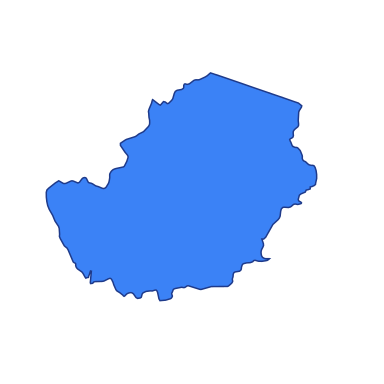 SVG path tracing the border of Cuyuni-Mazaruni, rotated 151°
{"feature_id": "GUY-676", "entity_name": "Cuyuni-Mazaruni", "entity_type": "Region", "adm_level": 1, "iso_a3": "GUY", "parent_name": "Guyana", "parent_adm1": "", "projection": "albers", "projection_center": [-59.812, 6.174], "detail": "fine", "context": "isolated", "style": "filled", "palette": "blue", "viewbox_px": 384, "rotation_deg": 151, "n_neighbors": 0, "source": "natural_earth", "source_scale": "10m", "svg_char_len": 4753}
<svg xmlns="http://www.w3.org/2000/svg" viewBox="0 0 384 384"><g transform="rotate(151 192 192)"><path d="M173.1,284.9L171.7,283.6L170.8,281.3L169.5,280.9L165.4,282.0L163.6,282.9L159.7,286.8L157.8,288.1L155.7,288.2L151.4,286.7L149.4,286.8L148.6,287.4L147.5,289.3L146.5,290.0L145.8,290.0L145.1,289.5L144.5,288.8L143.7,288.3L141.8,287.9L136.3,288.7L134.9,288.5L133.8,288.0L132.8,287.4L131.6,286.8L130.5,286.6L124.7,286.2L122.5,286.3L118.1,287.2L110.6,279.1L103.2,270.9L95.8,262.7L88.5,254.5L81.1,246.3L73.7,238.1L66.3,229.9L59.0,221.7L55.8,218.2L54.2,214.2L55.2,213.1L58.5,211.3L59.9,210.2L64.5,202.9L65.8,199.8L66.7,198.4L67.9,197.7L71.2,197.1L72.8,196.6L74.0,195.9L74.9,194.6L76.0,192.1L77.2,191.0L78.6,190.8L80.0,190.9L81.1,190.6L81.4,189.1L81.4,187.7L81.9,184.0L81.8,183.0L81.5,182.7L81.1,182.5L80.9,181.8L80.4,181.2L78.7,180.1L78.1,179.2L77.4,176.4L77.3,175.4L77.9,170.6L78.4,169.3L79.2,168.1L79.4,167.3L79.5,166.5L79.4,165.7L79.1,164.9L78.0,163.4L77.1,160.5L76.4,159.0L74.9,157.6L73.5,156.8L72.6,155.9L72.4,153.9L73.1,150.5L74.5,146.9L76.4,143.4L79.5,139.9L80.4,138.7L82.2,138.4L84.4,138.6L86.2,139.1L87.1,137.4L89.1,137.7L91.2,138.3L93.0,137.0L97.5,137.5L99.5,137.2L100.0,136.8L102.7,134.0L102.8,133.6L102.9,132.8L102.7,131.9L101.7,130.5L101.5,129.4L102.1,129.0L103.3,129.2L105.5,129.8L106.1,130.2L106.8,130.9L107.7,131.5L108.9,131.9L109.8,131.8L112.0,131.3L113.2,131.2L115.2,131.7L118.7,134.0L120.2,134.5L122.2,133.8L123.8,132.1L126.6,128.2L128.2,126.9L130.0,126.1L137.0,124.4L149.5,116.7L152.1,116.1L153.7,117.0L154.6,112.2L155.4,110.5L156.9,109.3L158.6,108.2L159.9,107.1L160.9,105.7L161.6,104.1L162.1,102.4L162.0,100.7L161.2,99.2L160.0,98.0L156.6,96.1L157.7,95.8L159.4,95.7L161.0,96.2L164.5,97.5L167.5,99.3L169.7,101.5L170.5,101.9L171.3,102.1L172.6,101.6L173.7,101.7L175.4,102.0L178.5,103.5L181.9,104.4L182.6,104.2L183.2,104.0L183.9,103.5L184.5,102.9L185.2,102.2L185.7,101.6L186.0,101.0L186.6,100.4L187.4,99.9L188.9,99.7L192.8,101.1L193.7,101.2L194.5,101.1L195.2,100.6L195.9,100.0L196.8,98.6L197.3,97.9L198.6,96.7L199.1,96.0L199.5,94.7L199.7,94.2L200.4,93.6L201.5,93.0L204.5,92.3L205.8,92.1L206.8,92.2L220.9,99.9L231.1,102.3L231.7,102.6L232.4,103.1L240.4,111.5L240.9,111.9L241.7,112.2L244.5,112.0L245.2,112.2L245.8,112.5L247.2,113.7L253.1,115.6L254.5,115.9L255.6,115.8L257.6,114.1L258.8,113.3L259.1,112.9L259.5,111.1L259.6,110.5L260.0,110.1L260.5,109.7L261.6,109.2L262.3,109.1L263.1,109.2L267.5,110.2L272.7,112.5L272.7,114.6L270.8,120.8L270.6,122.4L270.9,123.6L271.6,124.0L272.3,124.2L274.7,124.7L275.2,125.0L276.3,125.7L276.8,125.9L280.3,127.3L281.5,127.4L282.8,127.5L283.4,127.5L284.0,127.4L284.5,127.2L285.1,126.9L286.9,125.0L287.5,124.5L288.6,124.4L291.2,125.3L292.1,126.8L292.2,127.4L292.6,131.3L293.2,132.6L293.9,133.4L294.8,133.9L296.6,134.4L298.0,134.5L298.6,134.4L299.2,134.3L300.3,133.9L301.1,133.7L302.0,133.7L302.4,134.6L302.5,135.4L304.0,139.0L305.6,141.8L305.9,143.4L305.4,148.9L304.9,151.1L304.7,154.5L305.0,155.6L305.5,156.2L306.0,156.4L307.2,156.6L312.1,156.8L313.2,157.1L314.2,157.5L320.0,160.5L320.9,160.8L321.7,160.9L322.2,160.6L322.9,160.4L323.4,160.4L324.9,161.0L325.1,161.1L324.8,162.2L318.4,171.5L318.8,171.7L319.1,172.1L322.1,169.3L323.0,168.7L323.3,168.3L323.6,167.8L324.0,167.5L325.3,168.0L326.1,168.1L326.6,168.1L326.8,169.2L326.8,173.6L327.1,175.5L329.4,180.2L329.7,181.8L329.7,182.7L329.5,183.6L329.2,184.5L328.7,185.2L328.5,185.9L328.9,186.7L329.5,187.6L329.8,188.5L328.4,201.6L328.5,203.6L329.5,206.0L329.8,207.0L329.8,215.1L329.5,217.4L328.3,219.2L325.8,224.5L325.4,226.7L325.9,232.9L325.2,239.1L325.3,245.9L324.8,250.0L323.6,254.0L321.9,258.1L319.6,262.4L317.9,264.1L315.6,264.8L307.2,266.2L303.1,266.4L300.7,262.4L300.2,261.7L299.6,261.3L298.9,261.0L298.1,260.7L297.1,260.6L292.7,260.3L291.9,260.1L291.2,259.7L290.5,259.1L287.9,255.8L287.5,255.3L286.7,255.1L285.7,255.1L282.2,256.7L281.3,257.0L280.4,257.1L279.1,256.8L278.3,256.2L277.9,255.6L277.8,254.9L278.0,251.2L277.9,250.5L277.4,249.8L276.1,248.7L275.5,248.0L275.0,247.3L273.5,244.5L273.1,243.9L271.2,242.0L269.1,239.3L268.5,238.6L267.8,238.0L267.0,237.7L266.3,237.6L265.3,237.7L264.5,238.0L261.0,240.0L260.0,240.8L258.9,242.0L257.1,244.3L255.8,246.7L255.3,247.5L254.4,248.2L252.7,249.2L251.7,249.5L250.8,249.7L250.1,249.8L248.7,249.7L247.2,249.4L239.9,247.2L239.3,247.2L238.9,247.3L238.3,247.6L234.2,250.4L231.4,253.0L230.9,253.6L230.6,254.6L230.6,255.7L231.3,259.3L232.0,267.4L231.0,269.3L225.4,269.8L223.9,269.8L215.0,268.0L213.5,268.0L210.4,268.5L206.1,268.3L205.4,268.3L204.7,268.4L198.4,270.4L197.3,271.0L196.3,271.8L195.5,273.0L194.3,275.3L193.4,278.2L191.6,282.0L191.2,283.3L190.4,284.3L189.0,285.6L184.4,289.2L182.5,291.2L181.7,291.9L181.5,291.6L178.4,284.4L177.5,283.3L173.1,284.9Z" fill="#3b82f6" stroke="#1e3a8a" stroke-width="1.5"/></g></svg>